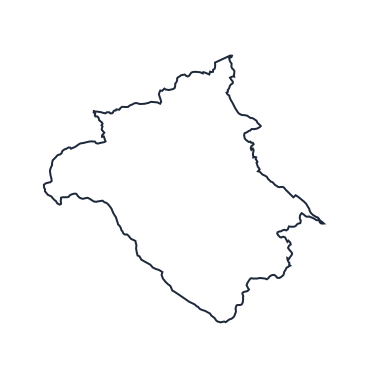 Piracanjuba, Goiás, Brazil (Natural Earth projection), rotated 142°
{"feature_id": "56859067B59858987143707", "entity_name": "Piracanjuba", "entity_type": "district", "adm_level": 2, "iso_a3": "BRA", "parent_name": "Brazil", "parent_adm1": "Goiás", "projection": "natural_earth1", "projection_center": [-49.012, -17.324], "detail": "fine", "context": "isolated", "style": "outline", "palette": "slate", "viewbox_px": 384, "rotation_deg": 142, "n_neighbors": 0, "source": "geoboundaries", "source_scale": "gbopen_adm2", "svg_char_len": 6011}
<svg xmlns="http://www.w3.org/2000/svg" viewBox="0 0 384 384"><g transform="rotate(142 192 192)"><path d="M159.9,73.5L160.2,74.9L159.0,76.0L159.0,77.5L158.4,79.9L157.5,81.3L156.8,79.6L155.5,80.1L154.3,80.5L152.8,80.8L151.2,81.6L150.7,82.9L150.9,87.3L150.7,88.9L148.6,89.9L146.5,89.9L145.7,91.6L146.0,94.3L147.5,94.0L146.6,98.8L147.3,100.3L148.5,101.0L149.7,101.2L150.4,102.2L150.7,104.7L150.4,106.9L149.3,107.6L147.4,107.1L146.2,106.3L143.6,105.9L142.5,105.3L141.4,103.7L139.4,103.6L138.4,104.3L136.8,105.2L135.9,104.2L134.4,102.9L133.1,101.9L131.2,101.4L129.4,101.8L128.0,101.8L125.9,100.8L124.0,102.3L123.4,104.7L122.5,105.9L121.4,106.9L120.1,107.5L118.6,107.8L117.7,104.9L117.5,103.5L116.7,101.7L114.8,100.7L114.3,99.5L113.0,97.6L112.2,95.8L111.7,94.6L111.3,93.3L110.1,92.2L108.8,91.1L108.4,92.6L108.6,94.6L109.4,95.7L110.3,98.0L110.9,99.8L111.2,102.1L111.1,103.6L110.7,105.1L110.0,106.6L109.8,108.6L109.3,112.3L109.5,114.3L109.7,115.7L110.3,118.3L110.6,119.8L111.5,123.4L112.3,125.6L115.4,125.4L116.8,136.5L116.7,138.2L117.3,140.1L118.7,141.1L120.0,141.9L121.1,143.1L121.4,144.4L122.2,146.3L122.5,150.1L123.6,151.9L123.7,153.5L124.0,155.2L123.7,157.8L124.4,159.9L125.5,161.9L125.9,163.7L126.1,166.3L127.3,167.7L126.2,168.0L124.8,168.2L124.5,169.6L124.6,171.3L123.1,175.4L121.9,175.5L121.6,177.0L121.6,178.8L120.1,179.8L121.1,181.1L122.4,181.5L120.5,184.6L118.8,186.0L117.6,187.1L117.3,188.8L119.3,188.6L118.9,190.2L117.2,191.5L115.4,191.5L113.9,191.8L113.8,193.4L115.1,194.4L115.0,195.8L116.5,196.5L116.9,197.9L117.4,200.0L117.5,201.6L116.5,203.7L115.9,204.8L114.2,206.0L112.9,205.5L111.8,205.2L109.6,205.2L108.4,204.6L106.2,204.9L104.9,203.7L103.8,203.0L101.9,202.0L100.4,201.7L98.7,201.4L97.2,201.7L97.4,203.8L97.8,206.2L97.3,208.4L98.4,212.0L99.4,213.6L100.4,214.4L101.0,216.5L101.5,218.1L103.0,219.9L104.1,220.9L105.4,222.1L106.7,224.9L106.8,226.4L106.4,231.0L106.1,232.8L105.3,236.7L104.6,241.6L104.1,243.2L103.3,245.1L103.9,247.1L103.6,249.1L102.0,248.9L101.0,250.3L99.1,250.8L98.1,251.4L96.7,252.4L95.3,252.7L92.9,252.6L91.9,253.9L91.9,256.8L91.7,258.7L90.2,258.4L88.6,257.9L87.7,256.9L86.8,258.6L85.6,259.5L84.1,261.3L84.0,263.1L84.3,264.8L83.7,266.7L81.8,268.7L81.7,270.9L81.4,272.3L80.3,274.6L77.8,274.0L76.6,274.8L77.9,276.0L94.2,279.8L95.7,277.6L97.1,276.1L98.2,275.2L100.1,275.3L101.4,273.8L102.7,274.4L103.7,275.7L106.0,274.0L108.3,278.2L109.4,279.5L110.5,278.8L111.9,281.4L115.2,284.5L117.2,285.9L119.0,286.5L123.0,285.3L124.5,285.9L125.1,287.3L125.4,289.0L128.6,290.7L130.7,290.7L132.4,291.0L133.8,290.7L134.9,289.2L136.7,288.1L138.5,287.7L139.6,286.3L141.4,284.7L143.4,284.7L145.1,285.5L147.3,286.5L149.6,288.9L150.1,290.5L151.8,290.3L153.3,290.1L154.5,291.5L156.0,290.7L157.9,289.5L158.8,287.2L159.5,285.0L160.8,282.0L162.8,281.2L164.1,283.9L168.8,288.3L171.4,289.0L175.0,290.7L176.9,292.0L179.0,293.5L180.7,296.0L182.5,297.3L185.4,297.8L186.9,298.3L188.2,298.5L190.0,298.4L192.2,300.0L193.6,301.3L194.6,302.1L196.4,302.3L198.6,301.6L200.8,303.7L202.0,303.2L203.0,304.0L204.2,304.0L205.2,303.3L206.7,303.3L207.9,304.2L208.1,305.7L209.2,306.7L210.3,307.3L211.8,307.3L213.1,308.8L214.7,311.1L217.2,313.7L218.4,314.7L219.5,316.2L220.5,315.2L220.0,313.4L221.5,312.1L221.5,310.9L220.1,309.9L219.9,308.3L220.4,306.8L221.0,305.7L220.2,302.4L220.4,300.9L222.2,300.3L222.1,298.8L223.9,297.6L224.8,296.6L224.6,292.7L228.0,292.0L228.9,290.9L227.3,290.1L229.0,285.1L230.6,285.4L234.4,287.3L236.2,288.0L237.5,289.5L237.5,291.5L240.3,294.0L241.9,295.0L244.0,295.9L245.0,296.5L246.2,296.9L247.7,297.6L249.0,298.5L251.0,299.2L256.6,299.5L258.2,300.0L260.7,300.6L260.6,302.0L261.9,303.1L264.7,303.5L266.0,304.0L267.6,304.2L269.2,304.0L270.8,302.9L272.9,302.8L274.4,303.6L276.1,303.7L277.7,303.3L282.3,302.7L284.3,301.1L286.0,299.1L287.5,298.5L289.4,297.4L291.1,295.9L293.0,292.6L293.5,291.5L294.2,289.9L295.0,288.2L296.0,287.0L297.9,287.0L299.3,287.8L300.5,288.3L302.1,288.9L304.2,288.9L305.1,287.8L306.0,286.1L306.1,284.7L307.4,283.2L307.4,281.0L307.3,278.5L305.5,274.9L305.6,273.2L305.3,270.4L304.8,268.2L305.2,266.7L304.8,265.1L303.9,263.4L302.5,263.3L301.8,264.3L300.8,266.0L299.7,266.8L298.9,268.1L297.6,267.8L293.5,264.7L292.1,264.1L290.8,264.6L289.5,264.5L288.0,264.1L285.6,263.1L284.3,261.8L284.4,258.3L284.0,256.6L283.4,255.5L282.4,254.0L281.3,253.4L279.0,252.4L278.0,251.8L277.3,250.7L276.7,249.3L275.2,245.0L273.5,243.2L272.3,242.7L267.8,240.2L267.3,237.7L266.2,236.3L265.7,234.1L265.6,232.3L265.7,228.6L266.9,224.3L267.3,221.5L267.5,219.1L267.9,217.8L268.8,215.6L269.3,214.0L270.2,212.0L269.9,209.6L270.3,207.2L271.1,205.5L271.1,203.7L271.6,201.2L270.9,199.6L269.5,198.8L269.0,197.0L268.9,192.6L266.7,188.3L267.7,186.3L268.7,184.1L270.8,182.0L272.5,178.8L274.0,175.5L273.0,173.6L273.6,169.9L272.3,166.7L269.6,160.4L269.4,156.7L267.8,153.4L266.1,151.1L264.6,147.1L267.0,145.4L268.2,141.8L268.2,137.8L267.8,134.6L266.9,131.3L267.4,129.2L267.8,127.9L268.2,126.5L267.2,124.2L266.1,120.9L263.3,112.1L262.8,110.4L262.3,109.0L262.0,107.7L259.9,103.4L259.1,101.8L258.6,98.8L257.9,97.8L258.0,96.2L257.5,94.3L256.8,93.1L255.0,90.4L254.4,89.2L253.8,87.7L253.1,86.2L252.6,84.9L252.9,82.9L252.4,80.9L251.8,79.0L252.0,76.6L251.9,75.3L251.4,73.8L250.6,73.0L249.8,71.7L246.5,70.2L245.6,68.7L241.6,68.6L240.4,68.4L238.9,67.8L237.6,67.8L235.7,67.9L234.3,68.6L233.2,69.4L231.9,70.0L230.7,71.0L229.7,73.0L228.0,74.5L226.7,75.2L225.3,74.7L223.8,73.4L222.2,72.8L221.0,73.2L219.8,74.0L218.5,75.2L217.4,76.4L216.8,77.6L215.7,78.3L215.3,79.9L214.6,81.3L213.0,81.4L211.9,81.0L210.8,80.4L209.3,79.8L207.1,80.1L207.0,81.9L206.4,84.9L204.4,86.2L200.3,87.6L198.9,87.8L197.7,86.9L197.0,86.0L195.7,85.1L194.0,83.7L192.4,83.0L191.2,82.2L190.0,81.1L187.7,78.8L186.8,77.2L184.8,77.1L183.2,77.6L181.5,77.6L179.9,77.1L178.4,76.2L177.7,74.6L177.7,73.2L177.6,71.8L175.9,70.4L174.1,70.2L172.5,70.2L171.4,70.2L170.0,71.0L168.6,72.2L165.7,73.3L163.9,74.2L162.5,73.8L161.3,73.8L159.9,73.5ZM107.5,86.0L107.8,87.7L108.2,89.2L108.8,91.1L109.9,89.9L109.8,88.1L108.7,86.8L107.5,86.0Z" fill="none" stroke="#1e293b" stroke-width="2"/></g></svg>